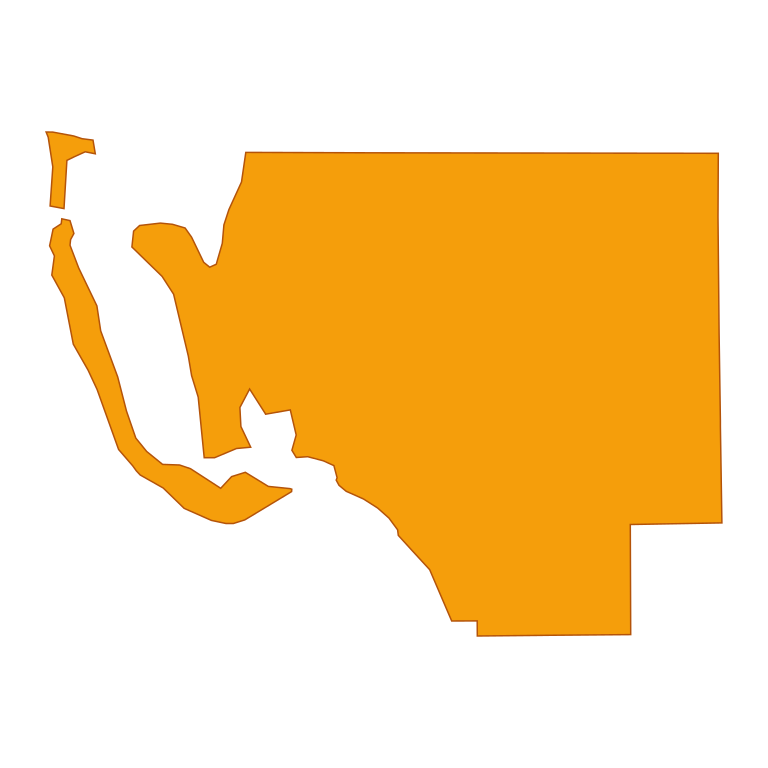 the district of Lee, Florida, United States of America
{"feature_id": "52423323B55479715593619", "entity_name": "Lee", "entity_type": "district", "adm_level": 2, "iso_a3": "USA", "parent_name": "United States of America", "parent_adm1": "Florida", "projection": "mercator", "projection_center": [-82.071, 26.553], "detail": "fine", "context": "isolated", "style": "filled", "palette": "amber", "viewbox_px": 768, "rotation_deg": 0, "n_neighbors": 0, "source": "geoboundaries", "source_scale": "gbopen_adm2", "svg_char_len": 1555}
<svg xmlns="http://www.w3.org/2000/svg" viewBox="0 0 768 768"><path d="M245.8,152.4L241.5,182.0L228.9,209.6L223.9,224.9L222.3,243.3L217.5,259.9L216.3,264.2L209.7,267.2L203.7,262.3L191.6,237.2L185.1,228.0L172.5,224.3L160.4,223.1L139.6,225.5L133.6,231.1L131.9,247.0L162.1,276.4L173.6,294.2L188.3,356.0L191.6,375.6L198.2,397.1L204.2,457.7L214.6,457.7L236.5,448.5L250.7,447.2L240.9,426.5L239.9,407.5L248.8,390.6L249.6,389.0L265.3,413.6L265.6,414.2L290.3,409.9L296.2,435.0L291.9,450.3L296.3,457.5L307.7,456.7L323.3,460.8L333.9,465.6L337.1,477.7L336.2,480.1L339.0,485.3L346.2,491.3L363.5,499.0L377.6,508.0L389.0,518.1L397.6,529.8L398.3,535.4L411.6,550.0L429.7,569.7L451.7,621.0L477.2,620.9L477.3,636.0L538.8,635.4L546.7,635.3L630.7,634.6L630.3,524.5L721.9,522.9L720.4,426.4L720.4,420.9L719.1,333.7L718.0,217.3L718.3,153.3L370.5,152.8L370.3,152.8L245.8,152.4ZM53.1,229.1L49.6,245.8L54.4,255.9L51.8,275.1L64.3,297.8L73.3,344.2L88.1,370.2L97.1,389.5L118.6,449.5L132.7,465.8L136.3,470.8L140.2,475.0L163.2,488.0L184.2,508.4L211.4,520.4L225.9,523.5L233.4,523.5L244.8,519.9L291.6,491.6L291.8,489.2L290.0,488.6L268.3,486.4L245.3,472.3L231.6,476.6L220.7,488.3L190.5,468.7L179.6,465.0L162.6,464.4L146.7,451.5L135.8,438.1L126.5,411.1L117.7,376.9L100.7,330.9L96.9,305.9L78.7,268.0L70.0,245.2L70.6,239.6L73.9,233.5L70.0,220.6L61.8,218.8L61.2,223.8L53.1,229.1ZM46.1,132.0L48.2,137.2L52.8,166.9L50.1,206.0L64.0,208.6L66.9,160.4L74.0,156.9L85.2,151.8L95.3,153.8L93.0,140.1L82.1,138.7L73.8,136.0L52.8,132.1L46.1,132.0Z" fill="#f59e0b" stroke="#b45309" stroke-width="1.5"/></svg>